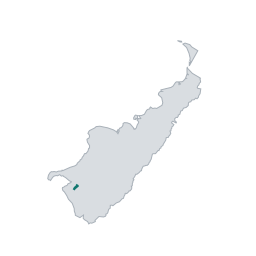 25 de Mayo, Chaco, Argentina shown in context, rotated 209°
{"feature_id": "61730980B17167733770144", "entity_name": "25 de Mayo", "entity_type": "district", "adm_level": 2, "iso_a3": "ARG", "parent_name": "Argentina", "parent_adm1": "Chaco", "projection": "mercator", "projection_center": [-60.005, -26.797], "detail": "fine", "context": "in_parent", "style": "filled", "palette": "teal", "viewbox_px": 256, "rotation_deg": 209, "n_neighbors": 0, "source": "geoboundaries", "source_scale": "gbopen_adm2", "svg_char_len": 4008}
<svg xmlns="http://www.w3.org/2000/svg" viewBox="0 0 256 256"><g transform="rotate(209 128 128)"><path d="M156.2,69.0L155.0,71.2L155.3,72.6L154.1,76.1L154.4,76.8L153.5,78.5L153.8,80.3L153.4,82.0L153.6,84.2L153.2,84.9L152.4,85.1L151.8,88.2L152.5,91.2L151.9,91.8L153.1,94.0L156.5,95.9L158.3,97.9L158.3,98.7L157.4,99.9L157.3,101.0L157.8,102.4L158.7,103.3L160.4,103.8L160.6,105.8L160.4,107.1L157.2,111.8L156.5,113.8L153.5,115.9L145.8,118.3L139.8,119.3L136.3,119.1L134.0,118.1L134.2,120.8L135.4,121.6L134.8,121.6L135.3,122.1L135.0,124.3L134.3,124.7L133.7,126.6L133.8,128.2L134.5,129.5L133.8,130.9L131.1,132.2L128.0,132.6L122.2,130.4L122.5,130.0L122.1,129.9L121.2,130.3L120.8,132.2L121.4,135.1L121.3,137.6L121.6,138.5L123.7,139.4L123.5,140.5L124.3,140.6L125.8,140.3L125.9,139.5L125.2,139.2L127.2,138.5L128.0,139.6L128.0,142.2L127.7,142.9L126.1,143.4L125.6,143.3L124.7,141.5L123.9,141.1L121.7,142.1L121.4,142.6L124.7,144.0L122.3,145.4L120.3,147.9L120.3,152.5L119.8,153.8L118.5,155.0L118.3,155.9L118.7,156.4L118.5,157.3L115.9,157.0L114.1,158.5L112.4,159.0L109.3,164.3L109.8,166.9L113.2,170.8L117.5,171.8L118.1,173.1L117.9,174.7L117.4,175.6L115.8,176.5L117.1,176.5L117.7,177.3L110.0,184.4L108.9,186.6L108.5,191.0L107.9,191.9L106.2,192.8L105.2,191.9L104.3,190.2L104.3,191.6L102.9,192.0L104.6,192.1L105.5,193.2L103.0,194.8L102.3,196.3L102.0,198.4L101.1,199.6L101.8,199.4L102.5,203.5L100.6,203.8L102.9,204.5L105.6,209.3L105.4,209.7L105.3,209.2L98.3,207.0L88.8,206.7L88.9,206.0L86.8,203.5L87.3,201.6L86.9,200.1L87.4,198.7L87.1,197.0L86.3,196.5L83.3,197.5L81.6,192.9L81.8,190.5L81.3,189.0L81.8,187.0L83.3,186.9L83.8,184.9L85.8,183.3L85.8,181.4L87.0,180.3L87.3,179.3L86.2,176.8L87.1,174.2L89.1,172.2L89.0,169.6L90.1,168.4L89.3,165.0L90.4,163.6L89.8,162.9L89.9,161.1L91.0,160.7L91.7,158.8L90.6,157.1L88.5,156.6L88.4,155.7L92.1,155.7L92.6,154.3L92.4,153.6L89.5,153.2L89.6,151.4L90.2,150.2L89.6,149.1L89.8,148.0L89.1,146.4L89.8,145.7L88.0,144.1L88.0,141.5L88.4,140.8L88.2,139.4L89.9,138.1L89.1,135.6L89.3,130.9L89.0,129.6L90.0,127.7L89.5,126.5L90.3,125.5L90.0,123.2L90.8,123.0L91.5,118.9L93.6,117.7L94.0,116.9L92.6,111.9L92.7,110.0L92.4,109.2L92.8,108.1L92.5,106.5L93.1,104.6L94.5,103.8L94.7,103.2L96.2,101.9L96.1,98.8L95.5,97.2L96.2,96.6L96.7,94.3L97.8,91.8L98.8,91.4L98.6,88.6L98.9,86.0L97.7,85.6L98.0,83.8L97.5,83.4L97.3,81.5L96.4,79.9L96.4,79.1L96.9,78.7L96.0,78.0L95.3,76.5L95.5,75.1L95.6,74.2L96.6,73.5L96.4,72.9L97.3,70.0L98.3,69.9L98.8,68.9L98.3,68.4L98.4,66.7L97.9,64.3L98.9,63.1L99.7,59.4L101.9,56.8L103.5,52.7L104.7,52.7L106.0,51.8L104.7,49.1L105.5,47.5L104.6,44.0L104.9,42.7L105.6,41.9L104.8,40.6L105.1,39.6L106.3,38.3L110.5,36.5L112.1,31.2L111.2,30.3L113.5,27.2L115.1,26.7L115.8,25.1L117.9,26.6L121.6,26.7L123.4,27.3L124.7,30.3L126.6,26.3L131.7,26.1L132.7,27.6L134.6,29.2L136.0,31.5L140.2,35.1L145.5,36.8L148.8,39.2L152.7,41.3L154.6,41.7L156.1,43.2L156.4,44.2L155.5,45.1L154.9,46.7L153.9,47.6L153.4,48.7L153.5,50.0L151.5,52.6L151.6,53.6L153.6,53.4L158.6,54.4L160.9,54.4L161.7,54.8L163.0,53.6L165.1,54.1L166.5,52.0L167.8,51.6L169.3,50.1L170.0,48.3L170.3,44.5L171.1,44.7L172.4,44.2L173.7,44.9L174.7,48.2L174.5,51.3L173.9,52.6L172.4,53.3L171.6,54.1L169.3,54.8L168.0,56.5L165.1,58.3L165.2,59.2L164.3,59.2L159.4,65.7L156.2,69.0ZM104.4,229.4L104.5,212.0L106.3,215.3L105.4,215.1L105.2,216.7L106.7,217.0L107.4,219.1L110.8,222.9L115.7,226.8L120.7,228.0L119.3,229.9L114.4,230.9L111.5,229.8L104.4,229.4ZM122.7,229.2L124.2,228.5L127.1,228.4L123.2,229.8L122.7,229.2ZM136.1,120.1L136.0,120.7L135.2,119.8L136.1,120.1Z" fill="#d9dde1" stroke="#a8b0b8" stroke-width="1"/><path d="M145.0,53.4L144.9,53.2L145.1,53.0L145.0,52.9L144.9,52.9L144.9,52.7L145.3,51.7L145.4,51.3L145.7,50.7L145.7,50.4L145.7,49.5L145.9,49.5L145.9,49.2L145.9,48.7L145.9,48.3L145.7,48.3L145.0,48.3L145.0,48.7L145.0,48.8L145.0,49.2L145.0,50.2L145.0,50.4L144.9,50.3L144.6,50.2L144.3,50.9L144.3,51.0L144.0,51.6L143.9,52.0L143.7,52.4L143.8,52.4L143.9,52.5L144.0,52.5L144.0,52.9L144.0,53.4L145.0,53.4Z" fill="#14b8a6" stroke="#0f766e" stroke-width="1.5"/></g></svg>